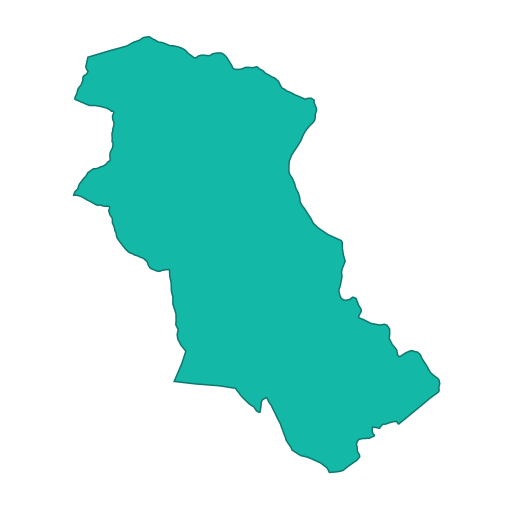 Sotanga, Dâmbovita, Romania, rotated 5°
{"feature_id": "2599482B74032369078815", "entity_name": "Sotanga", "entity_type": "district", "adm_level": 2, "iso_a3": "ROU", "parent_name": "Romania", "parent_adm1": "Dâmbovita", "projection": "equal_earth", "projection_center": [25.375, 44.974], "detail": "fine", "context": "isolated", "style": "filled", "palette": "teal", "viewbox_px": 512, "rotation_deg": 5, "n_neighbors": 0, "source": "geoboundaries", "source_scale": "gbopen_adm2", "svg_char_len": 5953}
<svg xmlns="http://www.w3.org/2000/svg" viewBox="0 0 512 512"><g transform="rotate(5 256 256)"><path d="M450.1,374.4L450.0,373.2L449.6,370.7L450.2,367.2L449.1,363.5L447.6,362.0L443.8,359.7L440.3,357.2L438.1,354.3L436.5,351.7L429.7,342.9L429.0,341.1L427.5,339.2L425.1,337.6L421.8,337.3L420.5,336.7L418.5,336.8L413.7,339.3L408.4,343.5L407.3,343.7L405.6,342.1L404.4,337.5L403.1,335.9L399.4,332.2L395.9,326.5L396.0,322.1L395.5,317.2L392.5,313.5L389.9,312.8L385.5,314.0L376.3,313.1L368.5,309.9L363.9,308.6L363.6,307.6L363.9,306.3L364.7,304.3L365.5,302.5L365.6,301.8L365.6,301.0L365.2,299.7L362.6,296.2L359.4,289.6L359.0,289.4L357.2,288.7L355.7,288.7L353.3,291.0L349.9,292.2L347.1,292.2L344.5,290.6L343.1,288.2L342.5,286.4L341.9,284.9L341.6,282.9L341.7,281.7L342.5,278.7L343.5,268.8L342.8,266.1L342.6,263.7L343.0,261.2L345.3,253.5L345.2,253.2L343.0,247.4L341.4,241.0L341.1,237.6L340.8,235.6L340.5,234.4L339.6,233.2L325.6,228.3L321.8,226.1L315.2,222.4L310.1,218.2L307.3,213.6L304.0,209.6L300.6,205.0L297.7,201.9L295.3,198.4L294.3,193.5L292.5,189.2L289.9,185.2L288.0,180.1L285.4,175.4L282.5,171.8L281.4,168.6L281.0,163.9L280.9,158.6L282.5,152.9L284.9,148.1L288.2,142.2L290.8,136.8L292.6,131.0L295.0,126.1L298.1,121.6L300.8,118.5L302.2,116.5L302.7,115.2L302.9,113.8L302.7,109.5L303.7,105.9L303.2,103.3L302.1,101.3L301.5,100.0L300.5,98.1L300.3,95.6L297.6,94.2L296.9,94.0L295.9,94.0L295.0,94.3L292.7,94.7L292.1,95.1L291.3,95.8L289.3,94.8L283.0,92.7L279.3,91.6L278.7,91.0L275.5,89.9L273.5,89.2L273.1,89.2L272.5,89.1L272.0,88.9L271.3,88.3L270.4,87.7L269.3,87.1L268.3,86.7L267.1,86.4L266.0,84.6L265.1,83.4L264.8,82.7L264.1,81.6L263.8,80.9L263.4,80.4L262.7,79.6L260.3,77.9L259.2,77.2L258.6,76.8L256.5,76.4L255.5,75.8L253.0,74.6L251.1,73.8L249.4,73.1L248.7,72.5L247.4,71.3L246.5,70.7L244.9,70.0L243.0,69.3L241.7,68.1L240.5,67.5L240.0,67.4L239.4,67.6L238.2,68.2L237.1,68.6L235.2,68.7L232.5,68.7L229.3,69.0L228.3,69.3L227.5,69.9L224.4,71.3L222.4,71.6L219.0,71.9L217.8,71.5L217.0,71.1L216.4,70.5L215.0,68.0L209.6,60.8L207.4,58.7L205.9,57.8L203.8,56.9L202.8,56.8L199.8,57.1L196.6,57.9L194.7,58.6L194.4,58.8L193.5,59.8L192.4,60.4L191.1,60.6L188.7,60.5L185.7,60.5L184.1,60.7L181.7,61.5L179.9,62.9L179.4,63.4L178.6,63.9L177.7,64.0L176.6,63.6L175.2,62.7L174.0,61.9L171.3,60.4L170.4,59.8L169.3,58.6L167.0,56.7L164.1,55.5L161.4,54.7L159.9,54.4L155.5,53.8L151.8,53.9L150.5,53.6L150.2,53.3L147.0,52.4L145.7,52.0L144.8,51.8L143.8,51.5L143.0,51.4L141.2,51.5L140.7,51.4L139.8,51.2L139.2,50.8L137.6,50.2L136.3,49.4L135.2,49.2L134.1,48.7L131.6,47.4L130.3,46.8L124.5,48.3L121.5,51.0L115.4,53.7L109.1,58.0L101.4,60.9L94.0,63.6L71.2,72.6L70.5,78.3L69.9,82.1L70.9,84.8L72.6,86.6L71.7,89.0L70.6,90.4L69.5,90.9L68.3,92.2L68.0,93.1L68.2,95.1L68.0,97.3L67.2,99.1L67.1,100.5L65.4,102.9L63.9,105.6L63.6,108.1L63.4,109.6L62.1,113.2L61.8,114.6L61.8,115.3L62.0,115.7L76.8,120.6L82.9,120.1L88.2,120.6L94.5,121.7L97.9,123.2L98.5,123.6L99.2,124.4L99.6,124.4L100.1,124.1L100.7,124.1L101.3,124.4L101.6,125.0L101.8,126.1L101.2,127.6L100.9,128.5L101.0,130.6L101.5,132.8L102.3,134.1L103.0,135.9L102.8,139.1L102.2,142.4L102.5,143.9L101.8,146.2L102.3,150.0L102.6,152.5L102.5,154.1L102.9,155.0L103.3,155.1L103.5,155.6L103.7,156.5L103.8,157.8L103.8,160.2L101.8,165.3L101.6,167.8L101.9,170.0L102.2,172.2L102.3,173.3L102.0,174.1L100.7,174.7L100.0,175.5L99.3,176.6L98.7,177.5L97.9,178.2L96.8,179.1L95.6,179.9L93.2,180.8L91.0,182.2L89.0,183.0L87.2,183.1L86.1,183.4L84.8,184.7L83.6,185.6L83.2,186.2L82.1,186.8L81.3,187.5L80.7,188.9L79.5,191.5L77.4,194.0L73.9,199.6L73.2,201.7L72.9,203.6L72.6,204.5L71.8,205.7L70.2,207.4L69.8,208.4L69.3,210.1L69.1,211.4L69.8,211.2L71.7,211.1L73.6,211.3L75.6,211.7L77.6,212.4L80.4,213.7L83.2,215.0L85.6,215.9L89.3,217.5L91.7,218.7L92.9,219.1L93.9,219.2L94.5,219.2L96.1,218.8L97.4,218.9L98.1,219.3L98.8,219.4L100.5,219.6L102.2,219.5L105.0,219.3L105.4,219.4L105.7,219.6L105.9,220.4L105.9,221.4L105.4,223.1L105.4,223.9L105.7,224.8L106.1,225.5L106.4,226.6L106.7,227.3L107.4,228.4L108.9,230.1L109.7,231.5L109.8,232.7L109.8,233.8L110.2,236.0L111.9,238.6L112.9,241.8L113.4,243.4L114.6,245.3L115.4,248.7L116.2,250.3L120.2,255.0L125.6,260.7L129.3,263.6L132.4,264.4L135.0,265.6L138.1,266.2L140.9,267.3L144.2,268.1L145.1,269.1L146.6,270.0L147.8,270.9L148.4,271.7L148.7,272.7L149.8,275.0L151.6,277.2L153.5,278.1L155.4,278.6L157.7,279.4L160.1,279.8L161.8,279.5L163.6,278.5L166.3,277.8L169.0,277.3L171.0,277.2L171.8,283.6L173.8,290.1L174.8,298.5L176.8,304.2L177.4,311.2L181.3,320.5L182.0,327.2L182.1,331.5L184.9,336.1L184.3,341.1L185.3,345.5L188.9,351.2L192.9,355.4L194.4,357.1L191.4,369.8L185.4,388.1L206.4,388.7L230.8,388.5L247.0,389.6L253.6,396.9L256.4,399.3L262.3,404.1L266.9,406.4L270.0,410.2L272.4,411.4L273.6,411.2L274.1,405.0L274.0,401.6L274.7,399.0L276.6,397.5L278.1,396.4L279.1,396.2L280.5,398.6L282.1,401.1L282.9,402.0L284.1,403.2L285.5,405.8L286.9,408.0L287.5,409.0L288.4,410.4L290.9,414.8L294.8,420.9L295.8,422.9L295.8,423.2L297.2,426.1L298.0,427.4L298.1,428.0L299.0,430.0L300.0,431.8L301.6,435.3L301.8,436.4L302.4,437.2L304.4,439.9L305.5,441.1L307.3,443.4L307.6,443.9L308.8,445.9L309.0,446.3L317.9,450.9L324.7,451.9L329.2,453.3L338.3,456.5L345.2,460.8L346.7,463.0L347.9,465.2L354.7,464.1L358.7,463.1L361.5,462.0L366.7,457.0L374.5,450.5L376.8,447.1L376.7,446.2L376.6,445.7L375.9,444.3L375.4,443.7L374.9,443.2L374.3,442.1L373.9,441.3L373.8,440.0L373.7,439.1L373.4,437.6L372.8,436.2L372.5,433.6L372.9,432.8L373.3,431.3L374.0,430.8L374.0,430.3L374.4,429.9L375.5,429.3L376.6,429.1L378.8,428.4L379.9,428.4L382.1,428.1L382.8,427.7L384.0,427.8L385.2,427.5L385.8,427.0L389.3,425.2L389.6,424.8L389.6,424.3L389.5,424.0L389.2,423.7L388.8,423.6L388.1,422.8L387.2,421.2L387.0,419.7L387.0,416.3L390.4,416.4L394.1,416.9L394.8,415.4L396.6,413.0L397.1,412.7L397.7,412.4L398.5,412.4L399.4,412.3L400.7,411.8L402.3,411.0L405.6,409.6L406.8,409.3L409.8,408.5L410.3,408.6L412.4,410.8L412.9,410.9L438.0,386.3L441.2,383.0L449.6,375.6L450.1,374.4Z" fill="#14b8a6" stroke="#0f766e" stroke-width="1.5"/></g></svg>